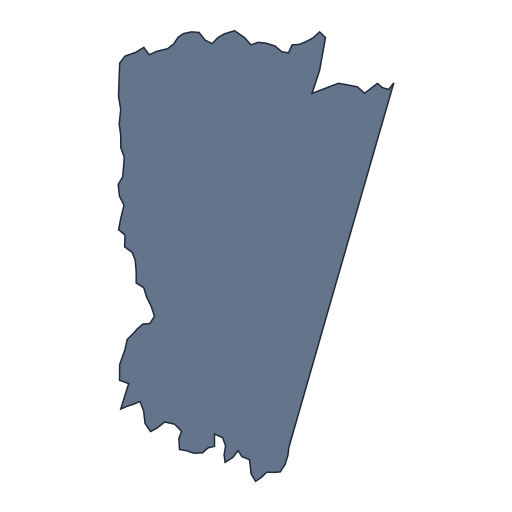 Fagundes, Paraíba, Brazil (Equal Earth projection)
{"feature_id": "56859067B80909638859230", "entity_name": "Fagundes", "entity_type": "district", "adm_level": 2, "iso_a3": "BRA", "parent_name": "Brazil", "parent_adm1": "Paraíba", "projection": "equal_earth", "projection_center": [-35.795, -7.4], "detail": "fine", "context": "isolated", "style": "filled", "palette": "slate", "viewbox_px": 512, "rotation_deg": 0, "n_neighbors": 0, "source": "geoboundaries", "source_scale": "gbopen_adm2", "svg_char_len": 1435}
<svg xmlns="http://www.w3.org/2000/svg" viewBox="0 0 512 512"><path d="M287.9,455.4L288.9,447.3L330.3,303.0L372.0,158.5L393.8,82.9L388.7,89.5L382.3,87.6L377.4,83.4L364.7,93.2L357.3,86.8L346.0,84.6L338.4,83.3L312.0,93.4L319.6,70.5L325.5,37.6L319.6,31.9L312.9,38.0L305.6,41.8L298.9,44.5L292.1,44.9L288.5,52.8L281.9,51.8L274.8,45.9L266.1,43.2L258.1,42.3L251.0,44.9L245.0,38.0L234.6,30.7L224.4,33.8L218.0,37.5L212.2,43.7L205.1,40.1L199.0,32.4L191.4,31.9L183.6,33.6L178.2,37.1L173.7,44.0L167.6,48.7L156.7,51.3L149.3,54.8L143.8,47.4L135.8,52.3L125.0,56.1L119.7,63.1L118.5,95.9L120.7,109.4L119.2,124.0L120.7,135.1L120.8,147.7L124.3,157.2L123.6,166.3L122.7,176.7L118.2,184.5L119.5,196.2L124.0,205.3L120.8,218.3L118.6,229.7L125.0,235.1L124.6,246.8L132.3,252.6L135.2,260.1L136.2,271.7L136.2,283.0L143.8,287.8L146.5,296.8L151.0,305.8L154.5,316.3L149.7,323.7L143.0,324.0L137.5,328.7L132.7,334.0L127.2,339.5L125.0,349.5L119.7,364.6L119.5,380.3L128.7,383.6L125.0,395.2L120.7,409.1L126.6,406.5L133.2,404.3L140.0,401.5L143.6,410.9L145.1,423.5L150.6,431.6L157.0,428.1L164.7,422.0L174.7,424.2L181.5,431.3L178.9,438.5L179.5,449.5L186.0,450.6L193.9,453.2L202.6,452.8L208.0,447.9L214.5,446.3L214.5,434.1L222.7,437.7L225.6,445.9L224.1,454.8L225.1,462.4L233.1,457.2L238.1,450.6L242.0,456.7L249.5,459.7L251.1,473.9L255.6,481.3L261.4,477.4L266.7,472.2L274.1,472.4L280.2,471.9L285.1,464.4L287.9,455.4Z" fill="#64748b" stroke="#1e293b" stroke-width="1.5"/></svg>